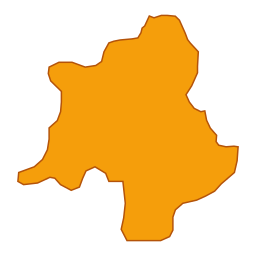 outline of Gwangju-si, Gyeonggi, South Korea
{"feature_id": "91817680B33140835215225", "entity_name": "Gwangju-si", "entity_type": "district", "adm_level": 2, "iso_a3": "KOR", "parent_name": "South Korea", "parent_adm1": "Gyeonggi", "projection": "natural_earth1", "projection_center": [127.301, 37.396], "detail": "fine", "context": "isolated", "style": "filled", "palette": "amber", "viewbox_px": 256, "rotation_deg": 0, "n_neighbors": 0, "source": "geoboundaries", "source_scale": "gbopen_adm2", "svg_char_len": 1135}
<svg xmlns="http://www.w3.org/2000/svg" viewBox="0 0 256 256"><path d="M149.3,16.0L144.7,26.0L142.1,28.1L141.0,32.7L137.9,37.9L132.1,38.9L123.1,39.7L120.0,40.0L113.9,41.2L108.9,42.9L104.0,51.8L101.6,61.5L95.8,65.5L85.2,67.1L72.1,62.3L58.9,62.3L49.1,67.1L49.0,68.0L48.3,73.6L50.7,80.9L61.4,91.4L61.4,102.0L60.6,111.7L57.3,120.6L49.1,127.9L49.1,139.2L47.4,149.8L42.5,159.5L34.3,166.8L18.7,172.5L17.9,181.4L22.7,184.1L23.6,184.6L37.6,183.0L49.9,177.3L54.8,178.2L60.5,184.6L71.2,190.3L79.4,187.1L82.7,178.2L86.0,170.9L95.0,166.8L105.7,173.3L108.9,181.4L122.9,181.4L125.3,203.3L123.7,217.9L121.2,229.3L127.0,240.6L160.6,240.6L169.6,236.6L172.9,230.1L172.9,217.1L175.4,209.8L182.8,203.3L196.7,200.1L205.7,196.0L214.7,191.1L221.3,183.8L234.4,172.5L235.2,169.0L237.1,160.8L238.1,146.8L233.9,146.2L226.0,146.8L218.7,145.2L216.1,141.6L216.6,135.3L213.4,131.7L210.3,128.1L206.6,120.3L204.8,110.9L200.8,111.7L194.2,108.4L189.3,102.0L186.0,94.7L191.7,85.8L197.5,72.8L197.5,66.3L198.3,51.8L190.1,42.9L187.6,39.6L185.2,33.2L179.4,20.2L175.3,16.2L167.1,15.4L161.4,15.4L154.0,17.8L149.3,16.0Z" fill="#f59e0b" stroke="#b45309" stroke-width="1.5"/></svg>